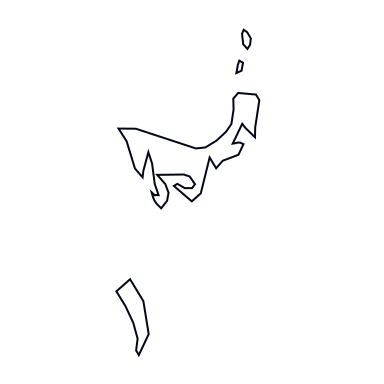 SVG path tracing the border of Providenciales and West Caicos, rotated 329°
{"feature_id": "TCA-5005", "entity_name": "Providenciales and West Caicos", "entity_type": "state/province", "adm_level": 1, "iso_a3": "TCA", "parent_name": "Turks and Caicos Islands", "parent_adm1": "", "projection": "equal_earth", "projection_center": [-72.259, 21.758], "detail": "fine", "context": "isolated", "style": "outline", "palette": "ink", "viewbox_px": 384, "rotation_deg": 329, "n_neighbors": 0, "source": "natural_earth", "source_scale": "10m", "svg_char_len": 1098}
<svg xmlns="http://www.w3.org/2000/svg" viewBox="0 0 384 384"><g transform="rotate(329 192 192)"><path d="M157.2,154.0L155.2,142.5L162.1,114.8L161.7,99.8L176.4,108.8L217.8,156.7L226.5,160.7L239.4,160.6L252.2,157.9L260.8,154.0L270.2,142.6L275.5,133.2L282.6,130.9L297.0,141.4L297.0,148.0L279.5,169.1L274.2,177.5L270.8,164.7L270.2,159.4L251.8,171.5L254.2,172.5L256.5,173.1L258.6,174.4L260.8,177.5L251.0,184.0L234.4,181.0L224.9,184.1L224.9,171.5L198.8,197.7L187.0,199.9L179.6,177.5L183.7,177.5L187.8,185.0L194.0,188.7L198.6,186.9L198.0,177.5L194.0,172.8L171.0,159.4L173.2,171.5L171.5,180.6L166.1,186.7L157.2,190.1L155.7,184.2L155.4,180.2L155.9,176.5L157.2,171.5L158.3,175.3L158.5,175.8L159.2,175.8L161.7,177.5L164.2,165.9L172.5,146.9L175.1,135.4L161.0,149.0L157.2,154.0ZM76.0,238.2L94.0,234.9L94.1,260.5L81.7,291.5L62.4,304.4L62.5,299.0L69.8,289.8L74.3,273.9L76.2,255.3L76.0,238.2ZM316.4,82.1L319.9,79.6L321.6,83.5L321.5,90.7L317.6,95.7L313.2,97.9L312.0,91.7L316.4,82.1ZM296.7,106.7L300.2,103.8L302.3,107.5L297.0,113.5L291.3,112.9L296.7,106.7Z" fill="none" stroke="#020617" stroke-width="2"/></g></svg>